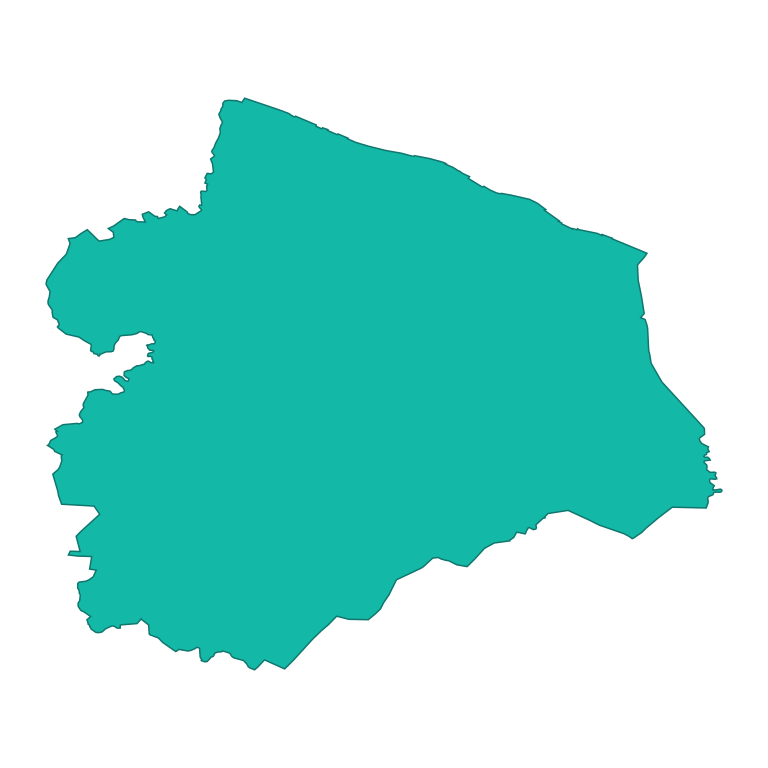 Nirzas pag., Ludzas, Latvia
{"feature_id": "27541924B94409410618996", "entity_name": "Nirzas pag.", "entity_type": "district", "adm_level": 2, "iso_a3": "LVA", "parent_name": "Latvia", "parent_adm1": "Ludzas", "projection": "equal_earth", "projection_center": [27.914, 56.391], "detail": "fine", "context": "isolated", "style": "filled", "palette": "teal", "viewbox_px": 768, "rotation_deg": 0, "n_neighbors": 0, "source": "geoboundaries", "source_scale": "gbopen_adm2", "svg_char_len": 6017}
<svg xmlns="http://www.w3.org/2000/svg" viewBox="0 0 768 768"><path d="M70.1,243.5L66.3,254.2L57.7,263.2L46.8,280.1L46.1,283.7L46.4,285.0L50.0,291.5L49.3,296.9L48.0,301.0L48.1,303.5L48.4,304.5L52.4,310.3L52.1,312.3L53.1,317.4L57.4,319.8L59.3,324.6L57.4,326.9L58.3,328.0L66.1,334.1L79.0,337.1L84.2,340.6L91.1,344.4L91.3,345.5L90.6,350.3L90.9,351.0L93.5,352.2L93.9,353.6L97.7,354.3L97.7,355.1L98.2,355.8L99.1,356.0L99.6,355.7L99.8,354.5L106.0,351.9L111.3,351.7L113.2,351.0L114.0,348.8L114.0,346.0L115.4,343.1L118.2,340.1L119.8,336.3L121.5,335.6L131.8,334.8L137.2,333.4L139.3,331.8L141.3,331.7L146.5,333.4L148.1,334.6L152.0,335.0L152.9,337.6L153.7,338.8L153.8,339.8L155.4,341.1L154.8,343.2L154.2,343.8L151.6,343.8L149.1,344.9L147.1,344.9L146.7,345.4L147.6,346.7L147.8,348.0L149.7,350.2L152.9,350.4L153.8,351.1L152.7,352.3L148.7,353.3L148.1,353.8L147.6,355.6L147.6,356.1L148.1,356.5L150.4,356.3L152.1,357.3L152.0,359.0L152.9,359.9L152.9,361.5L153.7,362.3L153.4,362.8L150.6,362.5L148.7,361.2L147.8,361.1L145.6,362.4L144.3,364.1L139.5,365.6L136.5,365.9L133.2,367.9L131.5,369.6L129.4,370.5L127.8,370.4L124.3,371.9L124.1,375.5L126.0,377.3L128.9,378.8L128.7,380.1L128.2,380.9L127.3,381.3L125.1,380.5L122.3,377.3L119.6,376.2L116.7,376.5L113.9,378.9L114.2,380.0L114.9,381.0L117.9,382.7L120.8,385.7L123.1,387.5L124.4,390.2L124.1,391.9L120.8,392.8L118.1,394.2L113.3,394.1L112.2,393.8L110.3,391.4L108.8,390.8L106.4,390.6L102.5,389.4L95.0,389.7L90.4,391.9L87.9,392.0L87.7,393.2L88.1,394.2L87.6,395.9L83.3,403.7L83.2,405.5L83.9,407.6L80.6,411.7L79.3,414.9L79.9,416.7L82.5,419.9L82.7,422.2L79.3,423.9L77.1,423.4L62.9,424.7L54.8,429.2L57.3,431.3L55.8,431.9L57.7,435.8L56.8,437.0L50.7,440.5L48.9,444.4L47.5,445.4L53.8,449.4L54.7,451.4L62.0,454.9L61.4,455.3L61.3,456.7L61.8,461.0L59.8,466.8L58.2,469.5L52.8,474.1L58.0,491.9L58.5,495.5L61.6,504.2L94.1,506.1L99.7,514.3L80.5,531.8L76.2,536.3L80.1,551.5L70.2,551.2L68.4,555.0L78.1,556.1L91.7,556.5L89.6,569.1L96.2,570.1L93.3,576.7L92.3,577.5L89.2,579.7L85.9,581.2L79.1,582.1L78.0,583.1L77.7,583.9L77.7,588.1L79.1,590.4L79.3,593.1L80.3,595.0L79.7,600.7L78.4,602.5L78.0,604.1L78.3,606.6L80.6,610.1L81.5,610.9L83.7,611.7L90.6,616.5L86.9,619.8L88.1,623.0L88.0,624.0L89.4,625.1L89.9,626.9L91.4,629.3L96.1,632.5L99.5,632.6L102.1,631.9L105.7,628.7L112.0,625.9L114.3,626.2L116.8,628.0L120.1,628.2L120.4,624.9L137.0,623.6L141.3,618.8L141.6,619.5L148.6,624.9L149.3,634.1L150.1,634.9L158.5,638.0L162.6,642.4L175.5,651.4L176.2,651.4L178.9,649.4L187.8,651.0L190.3,650.6L194.3,649.0L196.8,647.4L198.7,647.7L199.6,648.3L200.2,657.2L201.8,659.9L201.3,660.6L205.0,661.9L207.3,661.4L211.2,657.1L213.3,656.3L215.1,652.9L218.1,652.0L221.6,651.8L222.7,650.9L229.8,653.2L231.8,656.4L233.6,657.8L243.5,660.5L247.0,664.3L248.3,666.8L249.6,667.8L254.6,669.8L257.9,666.9L264.5,659.9L284.7,668.9L293.7,659.9L312.4,639.4L321.6,630.5L328.6,624.5L336.7,616.2L348.7,619.3L368.3,619.7L375.6,613.6L380.5,608.9L383.5,602.9L389.0,594.8L396.4,579.8L421.0,568.2L423.5,566.6L432.7,558.1L438.3,557.5L441.1,559.0L446.5,560.5L448.4,560.6L456.8,564.8L467.1,566.6L474.8,559.0L484.4,548.4L494.2,543.0L509.4,540.9L509.2,540.7L513.8,537.4L516.5,532.4L518.7,532.5L525.1,533.9L525.8,533.0L526.0,531.7L528.4,527.7L529.6,527.7L533.2,529.6L535.7,529.1L536.4,528.0L535.9,524.8L542.9,518.4L545.1,517.8L544.5,517.1L548.0,513.5L568.1,510.4L589.0,520.0L599.2,525.1L624.0,533.7L629.5,536.6L632.1,538.6L633.1,538.4L641.8,532.4L646.0,528.2L659.0,517.3L672.3,507.2L706.2,508.0L708.2,502.4L707.9,499.0L707.5,498.7L707.9,497.3L708.7,496.5L712.9,494.8L713.8,492.6L714.3,492.2L720.2,492.2L721.4,491.6L721.9,490.9L721.6,489.7L720.3,489.1L715.5,490.0L712.8,489.7L713.0,487.9L714.3,485.7L709.8,482.4L709.6,479.6L710.4,478.8L715.1,479.3L716.8,478.8L716.6,477.9L715.1,475.8L715.9,472.9L714.9,472.2L710.0,472.3L706.7,469.8L707.0,466.9L706.7,464.9L704.0,462.5L704.1,461.5L705.3,460.7L710.2,460.1L709.7,459.1L708.2,457.5L707.0,457.1L705.0,457.4L703.9,456.4L704.6,455.2L706.5,454.5L706.7,452.6L709.2,451.6L708.0,449.4L708.0,447.8L708.5,446.9L701.9,443.6L699.9,441.0L699.4,439.3L699.4,438.4L699.9,437.8L704.6,434.3L704.4,428.7L703.9,427.8L661.8,381.9L651.1,363.2L649.8,354.7L648.7,350.6L647.6,328.0L646.8,324.6L645.1,319.5L640.6,317.7L644.2,313.5L641.4,296.0L638.2,280.3L637.7,270.1L637.5,264.9L644.5,257.0L647.0,253.3L612.1,238.8L612.4,238.3L602.1,234.5L602.0,235.5L597.2,233.4L579.2,229.7L577.5,228.7L577.1,229.8L572.4,228.5L572.3,229.0L561.5,223.8L561.7,223.0L558.5,221.4L559.3,220.9L544.4,210.3L545.8,209.6L537.6,203.4L529.4,199.3L510.9,195.1L501.5,193.4L501.1,193.8L496.9,193.1L489.8,189.9L483.9,186.3L482.6,187.2L468.2,178.4L469.6,176.7L462.4,173.3L459.3,171.0L458.9,171.2L453.4,167.6L446.2,164.5L445.2,163.9L446.0,163.7L445.6,163.4L442.8,162.2L429.3,158.5L414.5,155.7L413.1,156.4L401.3,153.2L386.2,150.6L367.7,146.0L355.5,142.3L347.5,138.8L348.0,138.2L337.9,133.9L337.1,134.7L327.4,130.4L327.9,129.6L322.6,127.8L321.8,128.8L316.0,126.3L316.3,125.0L295.5,116.2L294.6,117.0L291.3,115.3L289.2,113.7L281.2,110.6L244.7,98.2L241.8,102.5L236.8,100.7L228.6,100.3L224.9,100.9L223.4,102.3L222.9,103.6L222.7,106.7L221.3,108.5L220.6,111.1L218.8,114.2L220.2,118.1L222.4,122.0L222.1,123.4L221.3,124.6L219.9,128.4L220.3,132.8L218.6,137.7L215.6,143.2L213.8,148.1L212.3,150.0L211.7,151.7L214.5,155.6L214.1,156.4L210.6,159.0L212.5,163.8L213.5,172.1L211.5,173.8L207.2,173.4L204.9,177.9L206.4,179.6L204.9,183.0L207.7,184.1L206.6,186.2L207.0,190.4L205.7,191.5L201.8,191.1L201.1,191.3L200.6,192.2L201.2,195.1L200.9,197.0L201.7,204.5L201.5,205.3L199.6,205.0L198.9,206.3L199.5,207.6L201.5,209.6L201.3,210.6L195.0,214.7L191.1,214.7L187.9,213.7L187.4,212.1L179.7,206.3L178.3,208.3L177.1,210.9L170.1,208.7L166.5,210.5L164.5,213.0L166.7,214.9L164.7,216.8L158.3,218.5L157.4,216.5L154.9,216.3L148.7,211.8L142.3,214.3L142.9,216.9L145.3,222.0L137.5,221.8L136.0,220.9L135.5,220.0L129.2,219.7L124.2,218.5L113.5,226.1L108.3,228.5L113.3,232.3L113.8,237.4L109.6,239.4L99.0,241.1L87.3,229.7L81.3,233.3L75.3,237.7L68.3,238.6L70.1,243.5Z" fill="#14b8a6" stroke="#0f766e" stroke-width="1.5"/></svg>